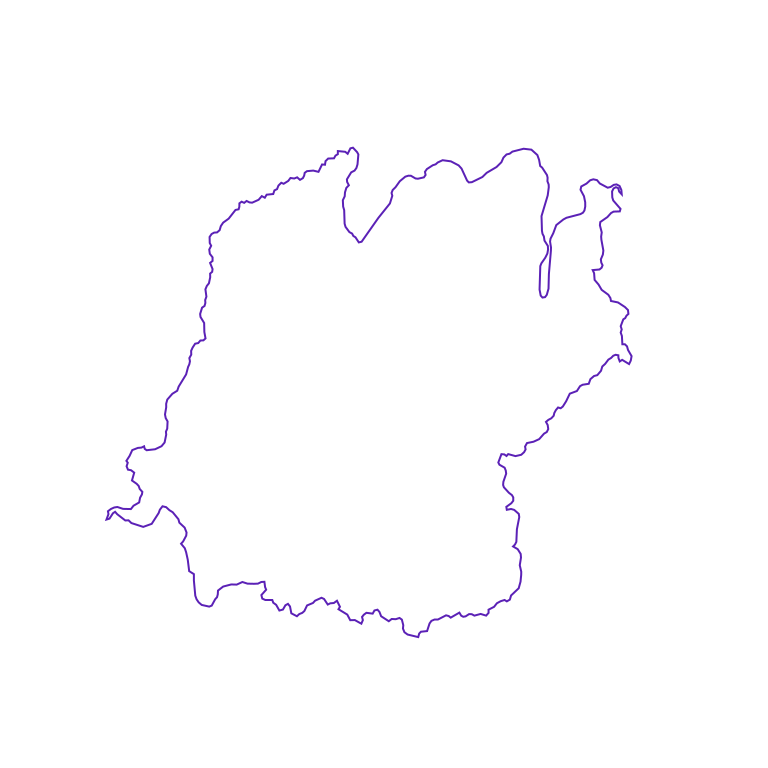 the district of Itamarandiba, Minas Gerais, Brazil, rotated 23°
{"feature_id": "56859067B40667879331711", "entity_name": "Itamarandiba", "entity_type": "district", "adm_level": 2, "iso_a3": "BRA", "parent_name": "Brazil", "parent_adm1": "Minas Gerais", "projection": "natural_earth1", "projection_center": [-42.866, -17.848], "detail": "fine", "context": "isolated", "style": "outline", "palette": "violet", "viewbox_px": 768, "rotation_deg": 23, "n_neighbors": 0, "source": "geoboundaries", "source_scale": "gbopen_adm2", "svg_char_len": 6165}
<svg xmlns="http://www.w3.org/2000/svg" viewBox="0 0 768 768"><g transform="rotate(23 384 384)"><path d="M592.2,271.1L593.8,268.7L601.8,269.9L602.0,266.0L601.0,261.6L595.3,257.3L593.0,254.4L590.2,253.3L587.9,254.3L584.2,246.8L581.8,244.2L581.5,240.9L579.3,238.3L579.0,231.0L580.3,229.1L580.5,226.4L581.6,224.0L579.7,220.6L575.7,219.0L567.5,217.5L560.5,218.9L558.8,216.4L555.6,214.2L547.6,212.3L542.6,208.6L537.2,205.9L534.1,199.9L531.6,197.6L537.6,194.4L538.9,191.9L538.8,189.3L536.6,187.4L534.9,184.5L534.9,179.4L533.8,175.5L527.7,166.2L526.3,163.5L525.2,159.4L520.7,153.5L519.8,150.4L524.4,143.1L526.2,137.9L528.0,135.6L533.6,133.0L533.3,130.4L523.3,125.5L521.2,123.0L518.7,117.6L518.9,114.3L520.6,112.2L523.1,112.2L525.3,115.0L528.7,116.5L526.7,112.7L523.5,109.7L520.1,109.4L517.7,110.9L515.6,114.1L513.2,115.9L504.3,115.1L500.4,113.1L496.7,113.8L494.2,115.9L492.1,120.4L488.4,125.1L489.0,128.4L494.7,133.0L498.2,138.1L499.9,142.0L500.7,146.0L500.2,148.6L498.4,150.9L487.0,159.7L484.8,162.5L480.5,170.4L480.9,179.1L480.5,185.2L481.2,188.0L484.4,193.1L485.6,196.2L492.8,218.3L498.2,232.0L499.0,238.3L498.3,241.1L496.1,242.5L493.7,241.4L490.3,236.3L481.8,214.4L481.7,211.5L483.1,204.8L483.4,200.1L482.5,196.2L480.9,192.9L475.7,189.3L473.5,185.7L471.2,183.8L469.5,181.2L463.4,167.9L461.0,146.4L458.8,138.5L457.6,136.0L455.2,133.5L454.0,130.2L452.4,128.0L445.0,123.0L442.6,122.3L439.2,117.1L435.7,113.3L428.1,110.7L420.6,112.9L411.4,119.9L409.7,122.9L407.1,124.8L405.5,128.9L405.4,134.0L402.8,140.3L396.0,149.5L393.7,155.0L386.0,163.9L383.3,165.3L381.0,164.3L371.2,155.4L367.3,153.6L358.6,152.9L350.5,155.1L346.9,159.1L345.7,161.6L343.4,163.6L339.5,169.4L338.8,172.7L340.6,175.3L340.0,178.2L335.0,181.8L332.7,182.5L327.4,181.8L325.1,182.7L322.6,184.8L319.3,191.2L317.7,198.4L316.2,202.0L316.3,205.2L318.1,207.5L318.9,215.5L313.9,233.3L307.8,261.8L305.5,263.5L300.4,260.1L297.9,259.7L295.9,258.0L292.8,257.7L287.2,254.4L285.1,251.8L279.4,239.5L277.1,236.7L274.3,230.9L274.5,226.6L273.2,222.8L272.7,218.2L274.0,214.8L271.1,212.4L269.9,210.1L271.1,202.0L273.5,199.1L274.2,196.0L273.8,192.2L270.7,182.7L268.7,181.1L263.1,178.6L261.0,180.2L260.6,186.3L257.6,185.4L250.5,187.6L251.7,190.5L250.1,192.7L249.8,195.8L244.5,198.3L243.1,201.7L244.0,205.2L241.2,206.1L240.8,214.3L235.5,215.2L229.9,218.2L228.5,220.6L229.1,223.4L228.9,226.2L226.9,228.9L223.3,227.7L221.1,229.9L217.4,230.9L216.5,234.5L213.4,238.9L210.8,238.9L209.3,242.6L209.4,246.4L207.5,248.6L207.8,252.4L202.0,255.6L201.5,259.1L198.1,258.8L196.6,263.4L191.8,268.6L189.2,269.4L186.0,269.2L184.5,271.9L181.7,271.8L180.3,274.2L181.6,277.4L181.9,280.0L179.3,281.8L176.4,292.5L172.9,298.3L172.1,302.4L172.6,306.6L171.1,309.7L168.5,311.0L166.7,313.3L166.0,316.8L168.5,322.3L170.9,324.3L170.6,328.5L172.8,332.2L176.7,334.4L178.1,337.7L176.6,340.5L181.3,345.2L182.0,347.9L180.8,350.3L182.3,353.6L183.5,359.7L182.6,362.9L182.6,366.6L186.4,373.0L186.6,376.6L187.9,379.2L188.3,382.3L186.7,384.8L187.4,391.4L188.9,394.0L194.6,398.1L198.3,406.3L201.9,411.8L200.7,414.4L198.0,415.7L197.0,418.9L194.4,420.7L193.6,425.2L193.5,428.8L195.1,432.3L194.7,436.2L196.5,438.9L197.1,442.0L197.0,444.8L198.1,452.5L196.0,466.6L196.3,471.0L193.0,475.7L190.6,483.0L191.2,487.3L192.6,490.5L194.3,497.6L196.4,500.7L199.4,503.0L201.9,509.8L201.9,513.1L203.3,515.7L204.9,523.6L203.5,528.2L198.8,533.5L191.4,537.7L189.1,537.2L187.5,535.1L185.6,537.3L182.4,539.0L178.1,543.2L177.9,549.6L176.9,555.4L178.9,556.6L179.2,560.3L181.8,562.9L184.8,562.2L188.7,563.2L189.7,571.3L195.3,572.5L198.0,573.7L200.2,576.1L203.7,577.7L204.3,580.2L203.9,584.0L204.9,588.7L201.0,593.9L199.9,598.0L192.6,600.9L186.6,601.4L183.9,603.1L181.5,605.7L179.6,609.0L181.2,611.4L181.5,617.2L183.9,615.2L185.0,608.9L186.4,606.7L189.3,608.1L199.2,610.7L202.1,609.3L205.8,610.7L218.2,609.6L224.8,603.5L227.0,590.8L226.8,587.3L227.9,583.1L231.6,582.5L235.8,584.0L239.6,584.6L247.6,588.8L249.8,591.6L256.6,594.1L260.3,597.9L261.2,600.9L260.6,607.5L259.6,610.3L264.8,613.0L267.6,616.2L272.0,622.4L277.8,632.4L283.3,633.3L285.8,639.2L293.0,652.6L295.6,655.4L298.7,657.4L302.5,658.6L310.1,657.2L312.0,655.3L312.7,648.1L313.6,645.5L313.2,642.6L311.9,639.0L315.1,633.3L321.7,628.2L326.8,626.2L331.0,621.6L336.4,621.1L342.4,618.7L346.0,617.0L348.4,614.2L351.2,612.8L353.9,617.4L355.9,619.4L353.6,626.2L355.8,629.1L359.1,629.2L365.6,626.5L367.5,628.6L371.0,629.4L376.2,633.4L379.1,631.1L379.7,626.2L381.5,623.9L384.4,625.5L388.3,631.3L394.6,631.8L395.9,628.9L398.2,626.6L399.4,624.1L399.7,617.9L404.2,613.3L405.2,610.4L410.0,605.2L412.8,605.3L418.4,609.0L420.2,606.9L423.4,605.2L425.4,601.9L430.5,606.3L430.1,609.1L440.3,610.6L445.2,614.6L449.4,612.7L456.8,613.5L456.8,609.6L454.8,607.0L455.6,604.2L457.2,601.5L463.3,599.8L463.7,596.2L466.2,594.3L468.9,595.6L472.1,598.9L481.1,600.5L482.9,597.3L486.7,595.9L489.7,593.3L492.5,593.9L496.0,598.5L497.0,601.7L499.8,604.5L503.6,605.4L514.4,603.6L513.9,600.0L514.8,597.6L520.2,594.6L519.5,586.6L520.2,583.5L522.5,581.1L525.6,579.8L531.5,572.7L534.2,572.3L536.7,573.0L542.7,565.0L545.6,567.1L547.9,567.3L549.9,566.0L552.2,562.6L554.7,561.6L557.7,561.9L562.8,557.9L568.5,557.3L569.7,553.8L568.4,550.9L572.4,546.1L573.6,541.7L576.3,538.3L579.4,535.7L582.0,536.1L584.1,533.3L583.6,529.0L587.8,519.4L586.9,512.6L584.9,506.2L583.7,503.2L579.8,497.8L577.9,490.2L576.2,487.0L571.6,483.8L566.3,483.1L567.3,480.6L567.5,477.6L563.1,465.8L560.5,453.6L558.8,450.9L553.0,449.0L549.8,449.4L546.2,451.8L544.6,449.3L547.8,444.0L548.6,441.0L547.3,437.9L545.2,436.3L541.4,435.3L534.7,432.2L533.1,430.4L532.1,427.4L531.5,418.8L529.9,416.1L527.7,413.9L521.8,413.2L519.9,411.6L519.5,402.7L522.3,401.8L524.9,402.4L525.7,400.0L533.2,399.0L538.0,395.5L539.6,392.0L539.9,388.9L538.3,386.5L538.7,382.5L544.2,378.7L548.4,374.1L550.7,367.2L552.6,364.6L552.8,361.3L550.7,357.8L547.9,355.6L549.3,352.8L551.4,350.2L552.6,346.9L552.1,344.2L552.4,340.9L553.4,337.6L556.1,337.3L557.4,334.9L558.4,328.8L558.8,320.3L564.3,315.1L565.3,309.4L567.1,307.1L572.4,303.8L572.1,298.9L574.2,294.6L576.9,292.5L578.6,287.0L578.1,282.6L579.7,279.1L581.0,273.9L582.9,271.2L584.0,268.4L585.8,266.6L588.5,266.0L589.6,268.4L592.2,271.1Z" fill="none" stroke="#5b21b6" stroke-width="2"/></g></svg>